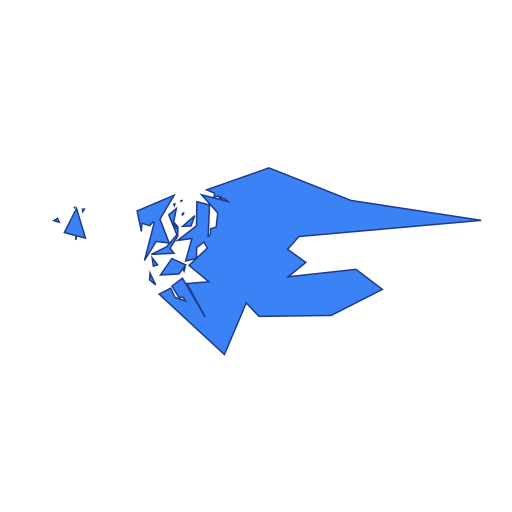 the district of David, Chiriquí, Panama, rotated 108°
{"feature_id": "35544464B4717226524239", "entity_name": "David", "entity_type": "district", "adm_level": 2, "iso_a3": "PAN", "parent_name": "Panama", "parent_adm1": "Chiriquí", "projection": "mercator", "projection_center": [-82.37, 8.424], "detail": "medium", "context": "isolated", "style": "filled", "palette": "blue", "viewbox_px": 512, "rotation_deg": 108, "n_neighbors": 0, "source": "geoboundaries", "source_scale": "gbopen_adm2", "svg_char_len": 1987}
<svg xmlns="http://www.w3.org/2000/svg" viewBox="0 0 512 512"><g transform="rotate(108 256 256)"><path d="M168.2,270.9L208.3,323.4L209.1,315.2L210.2,314.3L213.1,314.3L210.6,310.1L211.2,309.3L212.5,308.9L213.0,307.9L210.8,307.9L210.3,307.5L213.0,305.9L211.5,304.8L211.3,303.9L211.5,303.1L212.4,302.1L212.2,300.7L212.9,299.3L214.6,326.6L226.9,305.7L240.8,302.8L244.2,307.6L249.2,306.0L251.7,307.0L252.2,307.5L221.8,316.0L222.6,329.0L245.7,321.9L265.4,335.3L259.2,322.4L282.5,321.4L276.5,311.8L266.3,315.1L258.8,309.9L263.5,304.7L285.6,316.8L295.1,292.9L303.5,313.2L329.7,285.5L299.8,319.1L310.7,326.6L319.4,316.2L317.8,313.1L318.6,311.2L320.4,310.5L320.1,309.7L320.5,309.1L320.5,320.1L313.0,327.2L322.2,336.4L359.5,255.6L303.7,250.8L312.5,234.4L289.3,166.2L248.7,125.5L237.8,156.8L265.8,219.0L246.7,206.6L239.9,228.0L224.2,221.2L152.5,52.8L173.8,182.8L168.2,270.9ZM249.9,383.0L268.1,372.6L260.1,374.6L260.0,366.5L255.4,364.4L255.6,363.1L294.7,360.7L273.0,355.4L270.5,342.6L250.6,358.7L223.5,352.6L249.9,383.0ZM286.8,356.1L278.7,334.8L275.1,340.2L261.5,336.6L254.1,338.7L253.4,341.8L250.0,344.7L235.5,346.4L243.8,351.7L260.3,337.8L274.9,343.9L286.8,356.1ZM266.2,441.4L292.9,445.5L291.7,423.7L266.2,441.4ZM303.6,341.0L296.9,323.8L286.2,320.0L284.4,335.2L303.6,341.0ZM236.5,326.7L250.5,335.0L247.5,327.1L236.5,326.7ZM305.1,351.5L311.6,349.8L314.5,342.4L305.1,351.5ZM289.8,354.2L297.4,350.4L294.8,346.9L289.8,354.2ZM249.4,344.4L251.3,343.3L251.4,341.7L252.7,338.8L249.4,344.4ZM281.5,456.4L284.8,459.2L284.7,453.6L281.5,456.4ZM291.0,321.5L292.7,319.7L289.4,319.9L291.0,321.5ZM236.9,338.1L239.3,339.2L239.7,338.6L238.7,338.0L236.9,338.1ZM265.0,435.5L267.3,434.5L264.5,433.7L265.0,435.5ZM251.6,341.7L253.4,341.3L252.9,339.7L251.6,341.7ZM293.0,433.4L296.5,432.4L292.8,432.8L293.0,433.4ZM232.2,350.3L233.3,349.2L231.5,349.3L232.2,350.3ZM225.5,343.2L226.9,344.5L227.2,344.1L225.5,343.2ZM265.0,443.4L266.1,443.7L266.2,443.4L265.0,443.4Z" fill="#3b82f6" stroke="#1e3a8a" stroke-width="1.5"/></g></svg>